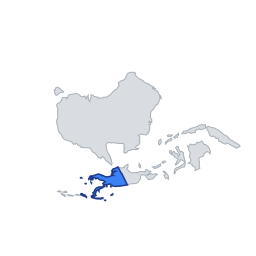 Papua New Guinea shown with its bordering countries, rotated 153°
{"feature_id": "PNG", "entity_name": "Papua New Guinea", "entity_type": "country or territory", "adm_level": 0, "iso_a3": "PNG", "parent_name": "Oceania", "parent_adm1": "", "projection": "orthographic", "projection_center": [148.76, -6.492], "detail": "medium", "context": "with_neighbors", "style": "filled", "palette": "blue", "viewbox_px": 256, "rotation_deg": 153, "n_neighbors": 3, "source": "natural_earth", "source_scale": "50m", "svg_char_len": 6861}
<svg xmlns="http://www.w3.org/2000/svg" viewBox="0 0 256 256"><g transform="rotate(153 128 128)"><path d="M154.5,77.6L154.9,97.8L152.1,95.3L149.0,94.7L148.3,95.6L144.5,95.8L145.7,93.2L147.6,92.3L146.7,89.0L145.2,86.4L139.3,83.9L136.8,83.7L132.3,81.0L131.4,82.5L130.3,82.8L129.6,81.7L129.6,80.4L127.3,79.0L130.5,77.7L132.6,77.7L132.3,76.9L128.0,77.0L126.8,75.3L124.1,74.8L122.9,73.3L126.9,72.4L128.4,71.4L133.2,72.5L134.5,78.6L137.7,80.3L140.1,77.0L143.6,75.0L146.3,75.0L151.2,77.1L154.5,77.6ZM107.7,98.6L108.1,100.1L106.5,102.5L104.2,103.3L103.8,102.9L105.0,99.9L107.7,98.6ZM134.2,91.3L133.8,89.0L134.9,86.8L135.6,87.7L135.6,89.2L134.2,91.3ZM87.6,59.6L86.0,62.4L87.9,65.2L87.4,66.6L90.4,69.3L87.2,69.8L86.3,72.0L86.4,74.8L83.9,77.1L83.9,80.1L83.0,84.9L82.6,83.9L79.7,85.5L78.6,83.7L76.8,83.6L75.5,82.7L72.6,84.1L71.7,82.7L68.0,82.8L67.6,78.7L66.3,78.0L65.2,75.4L64.8,72.8L65.1,69.9L66.6,67.7L67.0,69.7L68.6,71.3L70.2,70.6L71.8,70.7L73.2,69.0L74.4,68.6L76.8,69.3L78.9,68.5L80.3,64.1L81.3,63.0L82.3,59.4L87.6,59.6ZM119.6,79.2L122.8,80.0L123.9,82.3L121.4,81.1L115.3,81.2L116.0,79.5L119.6,79.2ZM112.4,82.5L110.4,82.1L109.8,80.8L112.7,80.5L113.5,81.5L112.4,82.5ZM115.4,64.0L115.6,65.7L117.3,65.9L117.5,67.1L117.4,69.8L115.9,69.6L115.4,71.5L116.6,73.1L115.8,73.5L114.6,71.6L113.8,67.7L114.4,65.2L115.4,64.0ZM97.6,68.5L104.3,68.4L107.1,66.0L107.6,66.7L105.3,69.9L103.2,70.6L100.5,70.1L93.5,71.1L93.2,73.5L95.6,76.1L97.1,74.6L102.3,73.2L102.0,74.7L100.8,74.3L99.6,76.2L97.2,77.5L99.9,81.3L99.4,82.4L102.0,85.8L102.1,87.9L100.7,88.8L99.5,87.8L100.8,85.2L98.1,86.6L97.4,85.7L97.7,84.5L95.7,82.8L95.8,79.8L94.0,80.9L94.6,88.9L92.9,89.4L91.7,88.6L92.4,85.7L91.9,82.7L90.7,82.8L89.8,80.7L90.9,78.6L92.6,71.4L93.2,70.1L95.5,67.7L97.6,68.5ZM95.2,103.5L91.5,101.6L93.9,100.8L96.4,102.5L96.3,103.4L95.2,103.5ZM97.6,98.0L99.4,97.7L101.8,96.4L101.5,98.1L97.5,99.3L93.9,99.1L93.8,98.0L95.9,97.2L97.6,98.0ZM89.3,98.0L90.9,97.6L91.7,98.9L85.5,100.3L86.3,98.5L87.7,98.4L88.3,97.2L89.3,98.0ZM64.5,94.0L64.9,95.0L69.4,94.9L69.9,93.6L74.5,94.7L75.6,96.6L79.4,96.9L82.7,98.5L79.9,99.9L77.0,98.9L72.2,99.1L65.2,97.7L64.3,98.2L60.0,97.3L59.5,96.0L57.4,96.0L58.7,92.9L61.5,92.8L64.5,94.0ZM54.3,78.5L54.7,80.6L55.6,82.2L57.2,82.3L58.4,84.1L58.0,88.0L58.2,92.8L55.7,93.2L53.7,90.8L50.8,88.6L48.1,84.5L45.3,78.2L43.5,75.9L42.3,71.0L40.6,69.3L39.6,66.8L38.3,65.3L36.6,62.3L36.5,60.7L40.6,60.8L46.4,69.6L48.5,69.4L50.3,71.3L51.5,73.7L53.1,74.9L52.3,77.5L53.5,78.5L54.3,78.5Z" fill="#d9dde1" stroke="#a8b0b8" stroke-width="1"/><path d="M218.7,102.3L219.5,103.4L217.4,103.3L216.4,101.4L218.7,102.3ZM217.5,99.6L217.0,100.1L214.9,97.4L214.4,95.5L215.4,95.6L217.5,99.6ZM215.0,100.4L212.0,100.0L211.4,99.6L211.6,98.3L213.6,98.9L215.0,100.4ZM211.6,94.5L212.3,96.2L207.3,92.6L207.7,92.3L211.6,94.5ZM202.3,90.0L205.2,92.3L204.6,92.5L203.3,91.8L202.1,90.5L202.3,90.0Z" fill="#d9dde1" stroke="#a8b0b8" stroke-width="1"/><path d="M175.9,189.5L177.3,189.6L177.5,192.6L176.7,193.5L176.5,195.5L175.7,194.8L174.2,196.6L172.3,196.4L170.8,194.3L170.4,192.6L169.0,190.4L169.0,189.2L172.8,190.3L175.9,189.5ZM120.7,167.8L116.6,170.0L116.5,171.5L115.9,172.7L112.6,173.2L110.4,172.8L107.4,173.4L106.5,174.9L105.8,174.8L104.2,176.6L101.1,176.7L96.9,174.7L96.4,173.2L97.4,172.7L97.5,172.1L96.7,169.1L96.0,167.5L93.0,163.2L92.7,161.6L90.9,159.0L89.6,158.0L88.7,155.7L86.1,152.4L87.4,153.5L85.9,150.9L87.3,151.7L88.3,152.7L87.8,151.3L84.9,147.3L85.0,143.4L84.3,141.7L84.8,139.5L85.5,141.7L86.1,139.6L90.3,135.9L91.4,135.5L92.2,135.9L95.4,134.2L96.3,133.2L97.7,133.2L100.2,132.1L103.2,127.5L103.0,124.6L104.5,121.9L105.9,124.5L107.0,123.8L105.9,122.4L106.5,120.9L107.8,121.5L107.9,119.2L109.7,116.3L111.1,115.8L111.0,114.9L112.3,115.2L112.2,114.4L114.7,113.5L116.9,114.8L118.6,116.5L122.2,116.7L121.5,115.0L122.6,112.5L123.9,111.7L123.4,110.9L124.5,109.1L126.2,108.0L127.7,108.3L130.1,107.6L129.9,106.0L127.7,105.1L129.2,104.6L131.2,105.3L132.8,106.5L135.4,107.2L136.2,106.9L138.0,107.8L139.7,106.9L140.8,107.1L141.5,106.5L142.9,108.0L141.2,110.9L140.2,111.0L140.6,112.3L138.8,115.4L139.1,116.2L143.8,118.8L147.6,121.5L150.0,122.3L150.5,123.2L153.3,124.2L155.2,123.1L156.2,120.1L157.4,116.0L156.7,111.9L157.0,109.5L157.6,108.9L157.1,107.9L158.3,103.7L159.4,102.5L160.3,104.0L160.6,105.9L161.3,106.3L161.5,107.6L162.6,109.1L162.8,112.0L163.9,114.4L165.8,113.2L168.3,115.7L168.0,117.0L168.7,119.7L169.1,121.2L169.9,121.5L170.7,124.1L170.5,125.7L171.5,127.8L178.7,132.1L178.3,132.8L179.9,134.7L181.0,137.9L182.2,137.3L183.3,138.6L184.0,138.1L184.5,141.2L189.9,146.6L190.6,149.0L190.3,152.4L191.5,154.9L191.3,157.4L189.9,161.3L189.3,164.9L188.0,167.4L186.0,168.8L183.3,174.6L182.3,175.9L181.7,178.0L181.4,180.6L180.0,181.6L177.3,181.7L175.0,182.7L172.5,184.9L169.0,183.3L169.3,181.9L168.0,182.4L166.0,184.4L158.7,182.4L156.9,180.8L155.5,177.4L154.2,176.3L151.8,176.1L152.4,174.7L151.6,172.7L150.6,174.6L148.5,175.2L149.6,173.6L149.7,172.1L150.5,170.7L150.1,168.7L148.3,171.1L146.9,172.0L146.2,174.2L144.1,173.2L144.0,171.7L140.6,168.8L141.0,168.1L137.5,166.5L135.7,166.5L133.1,165.2L128.6,165.7L123.1,167.8L120.7,167.8Z" fill="#d9dde1" stroke="#a8b0b8" stroke-width="1"/><path d="M154.7,97.8L154.5,90.9L154.2,90.4L154.4,77.6L162.2,80.1L163.9,81.2L165.2,81.3L169.2,84.3L169.1,86.1L174.7,88.1L175.5,88.9L175.6,90.0L172.8,90.5L173.6,92.2L176.5,94.4L177.9,97.4L179.7,97.3L179.9,98.8L182.2,99.4L181.5,99.7L181.8,100.4L184.8,101.1L183.5,101.3L184.1,101.9L183.1,102.3L181.4,101.4L175.4,100.5L173.1,98.4L172.9,97.4L171.9,97.1L170.0,94.4L165.4,92.8L164.3,93.4L162.7,92.5L163.6,94.0L162.4,94.2L162.7,94.8L159.3,95.2L158.8,94.8L158.4,94.9L159.2,95.4L161.1,95.7L161.9,97.2L159.8,98.3L158.5,97.9L154.7,97.8ZM187.1,82.4L188.8,82.4L189.6,82.8L189.5,84.3L188.3,85.1L188.6,86.3L186.9,86.6L186.0,87.7L183.7,88.8L181.1,88.8L177.1,86.9L177.4,86.3L181.7,86.5L182.5,84.9L182.8,86.5L185.0,86.2L186.3,84.7L187.4,84.5L187.1,82.4ZM200.5,90.2L199.7,90.8L198.6,90.3L198.2,89.0L196.8,87.8L196.8,86.3L197.9,86.9L200.5,90.2ZM191.4,84.1L190.7,83.8L190.5,82.2L189.3,80.5L184.5,77.9L184.8,77.3L188.5,79.5L191.5,82.1L191.9,82.9L191.4,84.1ZM171.9,75.5L174.3,75.8L171.6,76.2L171.9,75.5ZM183.8,98.3L184.6,98.5L184.9,99.3L183.5,99.2L183.8,98.3ZM183.6,77.6L182.7,77.6L182.1,77.0L182.9,76.8L183.6,77.0L183.6,77.6ZM185.5,100.4L186.1,100.2L185.9,100.9L185.1,100.6L184.5,99.4L185.5,100.4ZM189.9,97.3L191.2,97.5L191.2,97.9L189.9,97.3ZM191.9,104.5L193.5,105.3L192.1,105.1L191.9,104.5ZM176.1,87.4L175.4,86.8L175.4,86.4L176.2,86.7L176.1,87.4ZM183.2,98.8L182.5,98.3L182.8,97.9L183.2,98.0L183.2,98.8ZM196.5,86.3L196.2,85.3L196.5,85.0L196.8,85.6L196.5,86.3ZM173.5,86.2L173.0,85.8L173.4,85.4L173.6,85.6L173.5,86.2ZM181.5,74.2L180.8,73.9L180.9,73.6L181.4,73.8L181.5,74.2ZM170.0,83.7L169.5,83.8L169.9,83.4L170.0,83.7ZM185.6,96.4L185.3,95.8L185.6,95.4L185.7,95.9L185.6,96.4ZM162.1,95.8L162.7,96.3L161.4,95.5L162.1,95.8Z" fill="#3b82f6" stroke="#1e3a8a" stroke-width="1.5"/></g></svg>